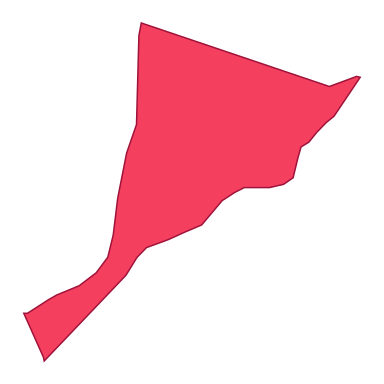 Zenon, Soufrière, Saint Lucia
{"feature_id": "8701671B14942759406503", "entity_name": "Zenon", "entity_type": "district", "adm_level": 2, "iso_a3": "LCA", "parent_name": "Saint Lucia", "parent_adm1": "Soufrière", "projection": "orthographic", "projection_center": [-61.034, 13.859], "detail": "fine", "context": "isolated", "style": "filled", "palette": "rose", "viewbox_px": 384, "rotation_deg": 0, "n_neighbors": 0, "source": "geoboundaries", "source_scale": "gbopen_adm2", "svg_char_len": 562}
<svg xmlns="http://www.w3.org/2000/svg" viewBox="0 0 384 384"><path d="M141.3,23.0L138.9,35.6L136.5,124.5L126.6,153.1L117.7,198.2L113.2,235.1L107.8,257.2L96.2,272.8L79.2,285.7L56.9,294.9L48.8,299.5L27.4,313.3L23.8,313.3L43.4,357.2L44.2,361.0L126.0,275.2L137.0,257.4L146.5,247.6L168.6,239.5L182.8,233.0L201.7,224.9L222.2,200.6L234.8,192.4L244.2,187.6L269.5,187.6L283.6,184.3L293.1,177.8L297.8,158.4L301.0,147.0L308.9,142.1L316.7,132.4L326.2,122.6L334.1,116.1L360.2,77.3L356.6,76.4L329.3,86.5L141.3,23.0Z" fill="#f43f5e" stroke="#9f1239" stroke-width="1.5"/></svg>